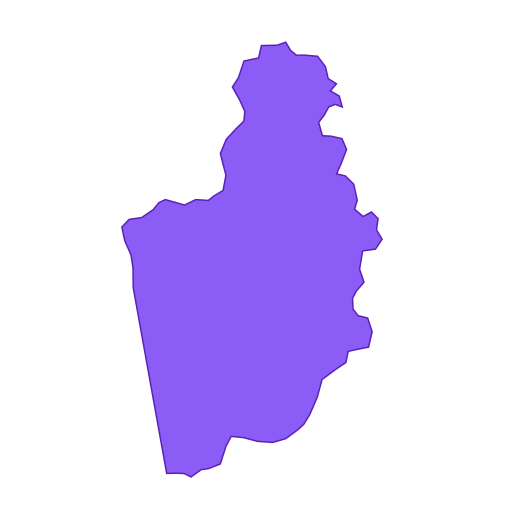 outline of Ângulo, Paraná, Brazil, rotated 170°
{"feature_id": "56859067B37092446381276", "entity_name": "Ângulo", "entity_type": "district", "adm_level": 2, "iso_a3": "BRA", "parent_name": "Brazil", "parent_adm1": "Paraná", "projection": "equal_earth", "projection_center": [-51.931, -23.197], "detail": "fine", "context": "isolated", "style": "filled", "palette": "violet", "viewbox_px": 512, "rotation_deg": 170, "n_neighbors": 0, "source": "geoboundaries", "source_scale": "gbopen_adm2", "svg_char_len": 1270}
<svg xmlns="http://www.w3.org/2000/svg" viewBox="0 0 512 512"><g transform="rotate(170 256 256)"><path d="M381.7,57.4L372.0,55.9L364.4,54.2L358.4,49.7L347.1,55.1L339.5,54.9L327.3,57.4L318.5,74.0L311.8,82.7L299.8,79.3L286.4,73.1L271.9,69.5L258.3,71.0L244.7,77.8L238.0,82.1L230.4,90.8L220.2,106.3L212.4,122.9L198.1,130.1L186.0,135.5L181.7,146.1L171.8,146.5L161.0,146.7L154.8,161.2L156.8,175.5L165.8,179.5L169.7,186.9L168.2,197.8L163.1,204.2L154.2,211.4L156.3,225.0L150.1,242.5L137.2,242.0L128.9,250.6L132.8,260.8L129.3,271.6L134.7,279.3L143.7,276.3L150.8,285.0L146.6,293.3L147.3,309.7L154.1,319.3L162.4,322.9L156.1,332.2L148.3,345.2L151.0,356.7L161.4,361.0L169.7,362.9L171.1,376.7L164.7,382.5L158.5,390.1L151.7,391.6L145.2,387.8L146.2,399.0L154.1,405.7L146.9,411.6L154.1,418.2L154.8,430.5L160.7,442.0L173.4,445.4L181.3,446.7L186.3,452.5L189.6,461.4L198.6,459.9L214.1,462.3L219.1,450.6L234.0,450.1L242.2,434.8L249.9,426.5L244.7,411.6L241.9,400.3L244.5,391.0L253.5,384.8L265.0,376.1L273.3,363.1L271.6,340.8L277.0,326.3L287.1,322.4L293.3,319.0L305.6,322.0L317.5,318.6L326.4,322.9L335.5,327.3L342.3,325.4L349.2,319.5L361.9,313.7L374.5,314.1L383.1,307.8L382.6,293.9L378.9,278.8L379.2,265.7L382.4,245.9L381.7,57.4Z" fill="#8b5cf6" stroke="#5b21b6" stroke-width="1.5"/></g></svg>